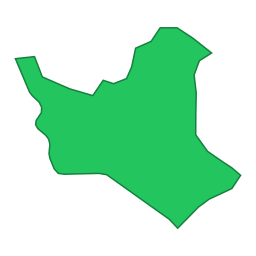 outline of Đakovica
{"feature_id": "KOS-5890", "entity_name": "Đakovica", "entity_type": "District", "adm_level": 1, "iso_a3": "XKX", "parent_name": "Kosovo", "parent_adm1": "", "projection": "equal_earth", "projection_center": [20.354, 42.389], "detail": "fine", "context": "isolated", "style": "filled", "palette": "green", "viewbox_px": 256, "rotation_deg": 0, "n_neighbors": 0, "source": "natural_earth", "source_scale": "10m", "svg_char_len": 665}
<svg xmlns="http://www.w3.org/2000/svg" viewBox="0 0 256 256"><path d="M64.3,174.2L58.3,173.4L54.2,168.9L49.8,158.1L49.0,153.4L49.9,144.4L48.7,139.3L45.8,135.3L37.9,128.7L35.6,124.6L36.2,120.4L41.4,112.6L41.6,107.2L39.1,102.1L32.3,95.7L29.5,92.0L15.4,58.7L34.5,56.6L42.3,76.9L69.5,88.8L92.8,95.6L103.2,80.3L113.6,83.7L126.5,78.6L131.7,66.8L135.6,48.2L151.1,41.4L160.2,27.8L177.1,27.8L192.6,38.0L211.6,53.0L199.4,60.7L194.1,74.9L196.2,92.9L195.8,114.2L195.7,134.8L207.6,151.4L223.5,162.4L231.8,167.8L240.6,175.3L231.9,188.5L209.2,199.1L198.4,207.1L177.7,228.2L169.3,219.3L106.7,174.7L98.9,173.4L64.3,174.2Z" fill="#22c55e" stroke="#15803d" stroke-width="1.5"/></svg>